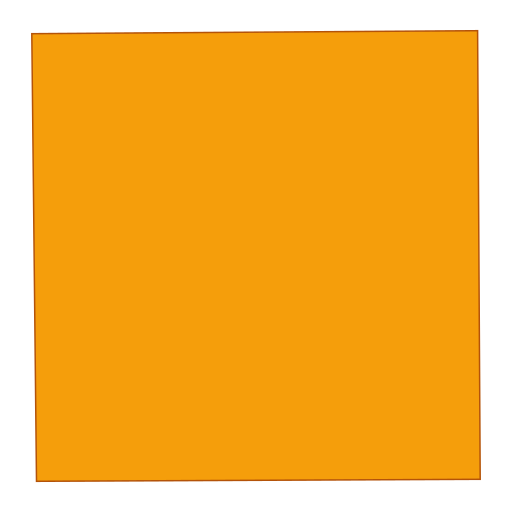 outline of Dawson, Texas, United States of America
{"feature_id": "52423323B68149389571600", "entity_name": "Dawson", "entity_type": "district", "adm_level": 2, "iso_a3": "USA", "parent_name": "United States of America", "parent_adm1": "Texas", "projection": "robinson", "projection_center": [-101.991, 32.743], "detail": "fine", "context": "isolated", "style": "filled", "palette": "amber", "viewbox_px": 512, "rotation_deg": 0, "n_neighbors": 0, "source": "geoboundaries", "source_scale": "gbopen_adm2", "svg_char_len": 198}
<svg xmlns="http://www.w3.org/2000/svg" viewBox="0 0 512 512"><path d="M145.8,32.9L31.8,33.7L36.5,481.3L480.2,479.3L477.6,30.7L145.8,32.9Z" fill="#f59e0b" stroke="#b45309" stroke-width="1.5"/></svg>